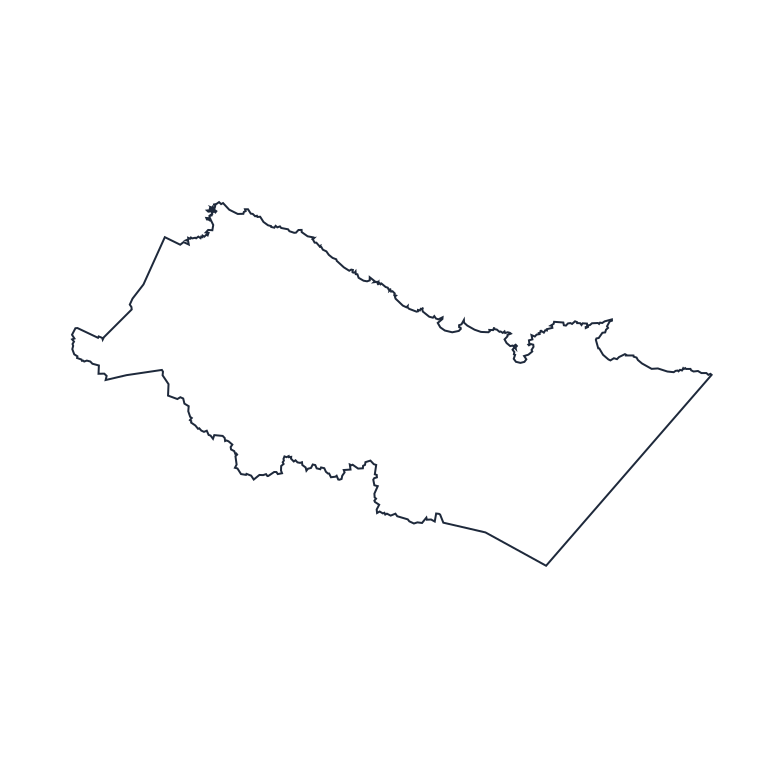 Bega Valley, New South Wales, Australia (Natural Earth projection), rotated 285°
{"feature_id": "25037944B16891547173569", "entity_name": "Bega Valley", "entity_type": "district", "adm_level": 2, "iso_a3": "AUS", "parent_name": "Australia", "parent_adm1": "New South Wales", "projection": "natural_earth1", "projection_center": [149.95, -36.816], "detail": "fine", "context": "isolated", "style": "outline", "palette": "slate", "viewbox_px": 768, "rotation_deg": 285, "n_neighbors": 0, "source": "geoboundaries", "source_scale": "gbopen_adm2", "svg_char_len": 6144}
<svg xmlns="http://www.w3.org/2000/svg" viewBox="0 0 768 768"><g transform="rotate(285 384 384)"><path d="M477.6,698.1L478.3,696.7L476.8,694.9L478.0,692.6L476.7,687.8L477.8,683.9L476.2,679.8L476.7,677.2L477.9,676.1L476.7,671.9L477.3,670.8L476.1,669.8L476.7,668.9L474.2,668.3L474.3,666.3L472.5,665.2L473.0,664.2L472.2,662.3L470.4,660.8L469.4,654.5L469.9,644.5L467.9,638.6L470.6,627.9L472.9,623.0L474.9,621.1L475.0,618.1L476.1,617.6L474.2,610.4L474.9,610.4L475.2,609.0L470.8,604.0L468.3,602.6L468.4,599.4L465.4,596.6L465.8,594.4L468.9,588.0L474.1,582.7L473.9,581.7L481.5,577.2L483.0,577.4L484.0,579.5L490.0,581.7L491.1,584.3L493.9,584.4L496.2,585.9L497.5,584.5L502.8,585.8L504.2,587.8L505.4,587.4L501.6,580.9L499.4,579.0L499.2,576.8L497.7,576.2L498.3,574.9L496.5,569.2L494.2,567.6L493.4,565.8L491.9,566.3L490.3,564.4L491.2,564.1L491.9,565.5L494.9,564.4L494.0,560.1L492.1,559.5L493.5,557.7L492.8,554.8L493.7,554.5L494.0,552.3L490.7,550.1L491.1,548.3L490.1,546.0L487.5,544.6L487.3,542.5L489.8,541.3L488.1,532.2L486.0,532.3L483.5,529.9L483.5,531.3L481.8,532.1L479.1,527.1L477.9,527.5L477.7,525.9L475.0,525.1L476.1,521.9L475.8,521.5L474.2,521.7L473.3,520.4L472.4,521.2L471.2,518.6L468.9,517.4L469.4,513.8L465.5,515.8L463.7,512.7L460.0,514.2L459.4,513.3L458.9,514.0L460.6,515.6L460.6,518.0L458.6,518.8L455.1,517.7L453.8,518.8L449.7,515.9L447.3,512.1L444.7,515.1L441.7,513.9L439.7,510.3L439.6,505.7L441.9,502.8L446.1,503.1L446.3,501.8L448.6,501.6L450.4,499.3L453.1,500.4L452.0,502.2L453.2,501.6L455.1,502.5L456.0,501.0L454.4,499.6L453.6,500.1L454.4,498.3L453.3,496.1L455.3,491.8L458.3,488.9L461.9,490.9L463.3,490.6L465.5,493.5L466.0,492.4L466.0,490.1L464.6,487.8L466.0,486.8L464.1,485.5L464.9,483.1L464.3,482.0L465.8,478.8L465.5,476.3L467.2,475.8L464.3,475.4L463.5,471.8L462.3,472.5L461.0,471.4L459.4,464.2L459.9,457.4L462.0,449.3L464.0,445.4L466.5,444.6L461.7,443.4L460.2,441.3L458.3,441.9L458.2,443.4L457.1,443.9L454.6,442.5L451.6,436.5L451.4,428.9L453.3,423.7L456.9,420.1L461.9,423.6L463.6,423.3L460.5,419.8L460.7,417.2L462.6,415.0L460.7,414.1L460.7,410.3L464.0,402.8L465.8,401.7L468.0,401.9L466.2,401.5L466.2,400.1L464.3,399.6L464.3,397.7L463.0,398.0L462.3,396.7L463.1,388.8L464.1,386.9L465.4,386.7L463.9,385.8L464.6,381.9L469.4,373.1L471.2,371.9L472.5,372.7L472.6,370.9L474.3,370.9L475.8,368.2L475.1,367.0L476.5,365.9L475.6,365.2L476.9,365.2L476.4,364.1L478.0,362.7L478.1,360.5L480.4,355.5L479.4,354.8L480.2,353.8L479.3,352.9L481.1,352.3L479.7,351.7L480.9,350.9L479.7,347.9L480.8,348.6L483.4,342.6L480.4,343.4L478.8,341.1L478.5,337.5L480.0,332.0L483.1,329.9L482.8,328.3L485.3,327.4L484.0,326.9L483.6,325.4L484.0,324.5L486.1,324.4L486.0,322.7L484.4,321.1L486.3,315.0L490.7,306.5L492.1,305.6L492.5,301.7L494.5,297.2L497.2,294.0L497.9,290.2L500.1,288.0L499.9,286.9L501.0,286.8L500.3,286.1L503.0,282.1L502.6,280.4L505.3,277.8L506.7,278.6L506.1,277.4L507.3,277.6L506.9,272.0L509.4,265.2L511.5,264.5L510.6,261.5L507.4,259.8L506.8,258.1L507.1,253.1L508.6,251.3L508.1,244.3L509.3,242.7L507.7,240.4L508.7,238.4L506.6,237.6L506.5,234.4L507.3,234.0L507.3,230.9L509.3,225.7L513.5,221.1L512.6,218.5L513.6,217.7L512.7,216.1L514.3,213.2L514.1,211.2L517.6,207.4L516.8,204.5L515.2,205.6L513.9,204.1L512.0,204.1L510.4,198.7L512.3,189.4L517.1,181.7L515.6,180.1L517.0,177.6L514.5,175.5L513.0,172.5L513.6,174.8L510.3,174.9L509.9,174.0L510.8,172.8L509.9,172.7L510.0,171.0L509.1,172.3L509.2,170.4L508.3,170.4L507.3,171.9L505.8,168.2L505.0,169.7L505.8,171.8L508.5,174.8L507.5,177.3L506.1,176.7L506.8,175.4L505.0,173.5L503.7,174.1L502.6,172.9L502.1,173.6L501.1,171.9L499.0,172.9L498.4,169.4L497.1,170.4L497.8,173.4L496.1,173.1L498.0,173.9L493.4,177.9L488.1,178.4L487.3,174.3L484.3,172.7L484.6,175.4L481.9,175.2L482.3,173.8L479.8,172.3L480.4,170.4L478.9,170.5L479.1,169.3L477.4,169.1L478.3,166.5L476.1,164.8L476.4,163.8L475.0,161.0L475.5,159.6L474.3,159.3L474.5,157.1L473.3,157.7L471.6,155.6L471.6,157.7L468.2,159.3L469.2,153.7L465.8,151.1L469.1,134.3L417.9,125.9L401.4,119.0L394.9,117.9L393.0,120.1L390.7,121.0L356.6,101.3L354.1,100.8L355.6,99.9L356.1,96.1L354.6,95.8L358.7,73.4L358.0,71.5L350.8,69.9L347.8,73.2L346.4,71.2L344.7,73.6L342.0,72.8L340.4,73.9L337.0,73.9L332.5,77.1L331.4,80.7L329.7,80.8L329.3,85.5L328.2,86.3L328.7,87.6L328.1,88.6L329.7,90.9L329.7,94.5L328.1,97.1L328.1,103.8L320.0,105.6L321.6,111.1L320.0,114.0L315.8,114.1L325.9,133.0L340.1,165.8L338.7,167.3L335.1,167.9L328.1,175.9L316.9,178.4L316.0,188.3L318.5,190.7L318.0,193.8L313.4,196.3L312.0,201.1L307.0,202.0L302.1,205.3L301.4,207.1L298.9,205.9L298.3,207.4L296.8,207.7L295.1,212.5L292.6,216.0L293.4,217.0L291.7,219.6L291.2,222.5L293.0,224.9L289.4,227.8L289.3,229.8L286.8,233.0L290.7,233.3L292.1,241.6L290.6,244.1L287.8,245.3L288.7,246.5L288.4,248.7L286.2,253.2L283.4,252.2L281.2,253.2L280.4,256.7L278.1,258.4L278.7,259.2L277.8,260.4L275.8,259.2L268.0,262.5L264.5,261.7L264.5,264.3L260.0,269.2L260.5,274.2L261.6,274.4L261.1,279.4L258.0,282.9L263.9,287.2L264.7,290.8L266.4,293.4L264.9,295.2L265.2,296.0L270.6,300.7L271.1,302.9L269.5,304.7L271.4,308.6L273.8,306.9L278.2,305.9L280.8,307.7L282.2,306.4L284.1,307.1L285.6,306.3L288.3,306.6L288.1,308.8L289.7,310.6L288.7,311.1L289.6,313.2L287.8,313.5L285.8,316.9L287.4,318.3L285.9,320.7L286.1,323.4L287.2,325.0L284.6,326.1L283.1,329.9L280.2,331.5L282.5,332.5L284.0,335.2L287.8,336.0L287.9,338.6L285.1,340.8L285.2,344.5L287.1,344.8L287.2,348.1L284.2,350.6L283.0,353.1L283.3,354.2L280.2,356.9L281.9,361.1L283.1,362.0L279.9,364.5L280.0,365.7L281.3,367.6L284.6,367.4L288.4,368.8L290.5,367.4L292.7,373.8L297.4,371.8L297.1,373.7L297.9,374.6L295.6,380.9L297.1,385.4L299.6,385.0L301.0,386.6L303.7,386.3L306.5,390.7L303.9,394.9L303.8,397.4L294.4,398.5L294.3,400.5L292.0,401.3L290.5,398.9L288.8,398.4L283.7,400.9L283.7,404.4L275.6,403.1L272.1,404.3L271.2,406.0L268.8,404.9L267.7,405.8L266.1,410.6L260.9,409.4L257.6,410.7L259.7,412.8L258.7,416.4L259.7,417.7L258.2,419.0L259.5,420.4L258.6,424.5L261.7,428.6L259.7,431.0L259.4,442.0L257.9,444.0L257.0,449.0L259.0,452.1L259.6,456.7L265.9,459.5L264.0,460.5L265.3,464.5L264.3,468.6L272.4,467.9L272.8,470.7L272.4,472.0L265.4,477.2L266.9,520.4L250.4,587.6L477.6,698.1Z" fill="none" stroke="#1e293b" stroke-width="2"/></g></svg>